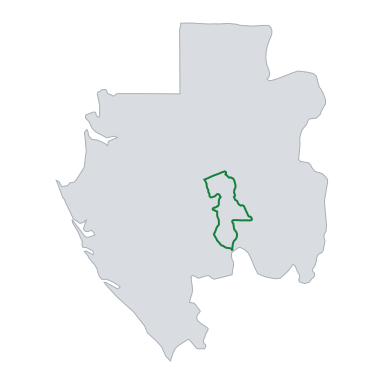 Lolo-Bouenguidi, Ogooué-Lolo, Gabon (highlighted)
{"feature_id": "22940354B13456808053161", "entity_name": "Lolo-Bouenguidi", "entity_type": "district", "adm_level": 2, "iso_a3": "GAB", "parent_name": "Gabon", "parent_adm1": "Ogooué-Lolo", "projection": "natural_earth1", "projection_center": [12.301, -1.15], "detail": "fine", "context": "in_parent", "style": "outline", "palette": "green", "viewbox_px": 384, "rotation_deg": 0, "n_neighbors": 0, "source": "geoboundaries", "source_scale": "gbopen_adm2", "svg_char_len": 6547}
<svg xmlns="http://www.w3.org/2000/svg" viewBox="0 0 384 384"><path d="M271.9,30.7L271.7,34.5L268.0,43.8L266.2,51.0L265.8,58.6L266.8,64.7L268.6,69.1L269.8,73.9L268.9,77.2L267.1,78.6L268.3,80.3L271.0,80.7L275.6,79.3L282.7,76.7L292.0,73.0L298.1,71.0L308.2,72.3L313.6,73.7L316.4,76.3L319.3,87.2L320.8,88.9L323.3,93.6L325.3,99.2L325.7,102.0L325.5,104.0L323.5,107.1L321.2,111.5L320.3,114.2L318.4,116.2L316.0,118.2L309.2,119.0L308.2,120.2L306.3,124.9L302.7,128.9L301.1,132.7L299.7,137.8L300.0,144.0L299.3,153.1L298.5,159.2L300.3,161.3L308.4,162.8L309.9,164.0L312.1,167.8L314.8,171.4L322.2,173.6L325.1,176.3L327.4,179.3L327.7,181.7L326.0,191.5L324.4,201.0L325.0,208.1L325.6,215.0L326.5,224.9L326.1,231.0L324.0,234.7L324.0,237.6L325.0,241.1L323.1,250.8L321.9,252.5L318.6,254.3L316.9,256.9L316.4,261.0L314.6,266.6L312.7,268.6L312.7,271.2L314.5,273.2L314.5,276.1L311.2,279.5L309.2,282.2L304.8,283.5L299.8,282.1L298.6,280.2L299.8,277.2L299.4,274.8L297.7,272.2L295.0,265.7L292.6,264.3L291.3,267.0L287.2,272.0L280.0,278.3L274.9,278.8L265.6,276.9L257.8,273.8L254.1,266.4L251.8,260.3L248.4,253.1L244.7,249.7L240.7,247.6L238.9,247.4L233.2,251.4L231.5,253.0L231.5,256.3L232.0,259.4L232.9,260.9L233.6,262.9L233.5,266.0L232.5,270.2L232.1,274.8L214.2,279.2L211.1,277.6L208.8,275.6L206.1,275.9L198.3,278.3L195.5,276.6L192.6,275.4L191.3,276.4L191.2,278.4L192.6,289.2L192.1,293.3L190.4,298.6L189.5,302.3L194.2,303.3L195.9,305.0L197.6,307.7L199.9,310.2L200.1,311.8L197.5,314.6L196.6,318.1L197.8,320.8L201.1,323.6L205.8,326.6L208.1,328.5L207.9,330.2L205.7,334.0L204.8,337.2L203.3,340.0L203.6,342.7L205.8,345.1L205.5,347.4L204.1,349.0L201.2,348.7L198.7,348.9L196.4,348.2L189.4,339.7L187.9,339.4L177.8,346.0L175.2,348.7L173.2,352.6L170.4,361.0L165.7,356.1L161.8,347.1L157.1,341.7L147.4,332.8L144.8,326.3L133.6,311.9L117.6,297.5L106.0,285.0L104.2,282.2L106.2,282.6L117.4,288.8L118.9,288.1L120.2,286.7L115.3,283.4L110.7,280.9L106.4,279.3L102.1,279.4L99.6,276.8L98.0,272.7L97.2,269.3L95.3,265.7L89.2,258.3L87.7,255.5L84.3,251.5L86.4,251.0L93.0,254.8L93.5,253.3L93.0,251.1L86.3,247.5L82.8,247.3L81.9,244.8L82.4,241.9L77.7,231.2L72.7,223.1L72.0,219.3L85.2,236.8L87.0,237.1L89.4,237.0L94.9,235.0L93.8,232.6L91.3,230.1L88.9,231.3L85.8,231.5L84.2,230.5L83.4,228.7L86.5,220.1L85.2,220.6L84.2,222.1L82.5,222.8L79.8,223.3L73.3,218.7L67.5,206.4L66.0,203.8L64.5,199.5L62.9,197.8L56.3,180.3L58.9,181.6L61.9,186.6L67.7,185.6L70.0,182.6L72.0,182.7L74.1,182.1L76.7,179.3L84.2,167.2L86.2,151.3L85.5,141.8L84.4,132.5L86.9,129.5L87.9,131.4L88.4,134.8L89.6,137.2L92.2,139.5L97.2,140.0L104.9,143.5L107.7,145.7L108.4,141.3L117.3,137.5L114.6,136.2L106.7,137.7L95.9,132.1L92.3,128.5L89.0,121.7L85.5,118.1L85.8,114.9L93.5,112.0L95.6,112.3L96.4,115.9L98.5,117.3L99.3,116.8L99.6,113.8L99.7,105.8L97.3,94.3L98.0,92.1L100.1,91.3L102.0,89.7L103.4,89.5L106.0,89.7L107.3,92.4L108.0,93.9L110.7,94.5L112.9,96.0L114.7,95.6L116.3,93.9L118.6,93.6L125.6,93.6L132.0,93.6L144.8,93.7L157.6,93.7L170.3,93.8L180.0,93.8L179.9,87.2L179.9,77.1L179.8,65.1L179.8,53.6L179.7,42.9L179.6,30.4L180.2,26.8L180.8,25.3L180.6,23.2L190.5,23.0L208.3,24.0L216.2,23.8L218.4,24.0L228.1,23.4L236.1,24.2L239.4,25.1L242.4,25.5L251.9,26.1L264.3,25.4L268.5,25.5L270.8,27.3L271.9,30.7Z" fill="#d9dde1" stroke="#a8b0b8" stroke-width="1"/><path d="M204.4,179.6L204.8,180.1L205.2,180.9L205.6,181.6L206.0,182.5L206.5,183.5L206.6,184.5L206.6,185.4L206.7,186.1L206.9,186.7L207.1,187.4L207.2,188.0L207.3,188.4L207.6,188.8L207.9,189.2L208.1,189.7L208.3,190.2L208.3,190.9L208.3,191.7L208.4,192.3L208.7,192.7L209.1,193.2L209.4,194.0L209.4,194.6L209.5,195.6L209.7,196.3L210.0,196.8L210.5,197.2L210.9,197.4L211.5,197.4L212.0,197.3L212.4,197.1L212.9,196.9L213.3,196.7L213.8,196.6L214.7,196.4L215.6,195.7L216.2,195.0L216.5,194.6L216.8,194.3L217.2,194.1L217.6,194.1L218.2,194.1L218.8,194.3L219.2,194.6L219.5,194.9L219.5,195.3L219.7,195.9L220.0,196.2L220.3,196.5L220.5,196.8L220.6,197.4L220.2,197.9L219.8,198.1L219.4,198.6L219.2,199.2L219.0,199.8L218.8,200.9L218.8,202.5L218.9,203.7L218.8,204.3L218.5,205.1L218.1,205.9L217.8,206.2L217.4,206.4L216.9,206.5L216.4,206.8L216.0,207.2L215.4,207.5L214.4,207.6L213.8,207.8L213.4,208.0L212.9,208.5L212.7,209.0L212.8,209.5L213.1,209.8L213.6,210.0L214.3,210.2L214.7,210.4L215.2,210.7L215.5,211.0L216.1,211.1L216.5,211.2L217.0,211.4L217.2,211.6L217.2,215.6L217.3,216.1L217.5,216.7L217.7,217.4L218.2,218.2L218.4,218.9L218.6,219.5L218.8,220.4L218.8,221.3L218.9,222.5L218.9,223.8L218.9,224.6L218.6,225.1L218.1,225.6L217.3,226.5L216.8,227.4L216.3,228.5L216.0,229.4L215.7,230.3L215.4,231.1L214.9,232.3L213.9,234.2L214.0,234.6L214.2,235.2L214.5,235.6L214.9,236.1L215.1,236.7L215.9,238.0L216.5,239.0L216.8,239.9L217.3,240.6L218.1,241.6L218.6,242.1L219.0,242.5L219.6,243.1L220.0,244.0L220.4,244.4L221.7,245.4L221.8,245.5L222.3,245.8L223.0,245.8L223.6,246.1L224.2,246.6L224.8,247.0L225.6,247.5L226.7,247.8L228.1,248.0L230.0,248.2L231.2,248.6L232.0,249.9L232.4,249.7L232.4,249.4L232.3,248.2L232.5,246.9L232.7,244.9L232.9,243.8L233.5,242.0L233.8,241.2L234.5,240.4L235.3,239.7L236.1,238.6L236.5,237.8L236.9,236.2L237.0,234.9L236.9,233.7L236.5,232.7L236.2,231.9L235.8,231.3L235.2,230.6L234.5,229.8L234.1,228.9L233.9,227.8L233.7,226.1L233.4,224.6L233.4,223.7L232.9,223.1L232.4,222.5L232.3,221.7L232.3,220.9L232.7,220.4L234.0,220.1L235.7,220.1L238.0,220.2L241.8,220.4L244.9,220.3L249.3,220.4L250.9,220.3L251.8,219.8L251.8,219.0L251.5,218.0L250.8,217.0L249.9,216.5L249.0,216.5L248.3,215.8L247.8,214.7L247.2,213.3L246.1,211.0L245.4,209.4L244.8,208.2L244.4,207.1L244.0,206.4L243.7,205.9L243.4,205.6L242.8,205.4L242.3,205.3L241.5,205.3L241.2,205.4L240.9,205.6L240.6,205.6L240.0,205.2L239.5,204.8L239.0,204.4L238.5,204.0L238.0,203.2L237.8,202.6L237.6,202.1L237.4,201.5L237.0,200.9L236.7,200.6L236.1,200.4L235.4,200.1L235.0,199.5L234.8,198.9L234.5,198.2L234.3,197.7L234.0,197.3L233.9,196.9L234.4,196.6L234.6,196.2L234.9,195.8L235.0,195.2L234.9,194.6L234.6,194.1L234.4,193.4L234.3,193.0L234.0,192.4L234.1,191.9L234.2,191.2L234.3,190.3L234.5,189.3L234.8,188.9L235.2,188.3L235.4,187.3L235.5,186.6L235.5,185.6L235.4,184.7L235.1,183.7L234.9,182.9L234.5,181.5L234.3,180.8L234.0,180.0L233.7,179.6L233.4,179.0L233.0,178.5L232.5,178.2L232.0,178.0L231.5,177.9L231.2,177.6L230.5,177.4L230.3,177.4L229.9,177.6L229.6,177.7L229.0,177.6L228.5,177.1L227.9,176.5L227.4,176.0L226.8,175.5L226.4,175.0L226.1,174.8L225.7,174.7L225.4,174.5L225.4,174.2L225.7,173.8L226.0,173.4L226.0,172.6L226.0,172.2L225.6,171.9L225.1,171.7L224.6,171.4L222.0,172.3L218.2,173.9L213.5,175.6L210.4,177.0L206.2,178.9L204.4,179.6Z" fill="none" stroke="#15803d" stroke-width="2"/></svg>